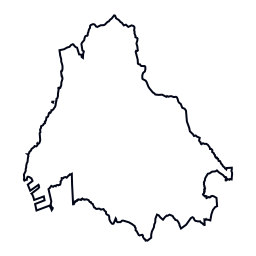 Si Racha, Chon Buri, Thailand
{"feature_id": "78962969B58781089685129", "entity_name": "Si Racha", "entity_type": "district", "adm_level": 2, "iso_a3": "THA", "parent_name": "Thailand", "parent_adm1": "Chon Buri", "projection": "equal_earth", "projection_center": [101.044, 13.142], "detail": "fine", "context": "isolated", "style": "outline", "palette": "ink", "viewbox_px": 256, "rotation_deg": 0, "n_neighbors": 0, "source": "geoboundaries", "source_scale": "gbopen_adm2", "svg_char_len": 5765}
<svg xmlns="http://www.w3.org/2000/svg" viewBox="0 0 256 256"><path d="M131.6,25.4L128.3,26.9L125.9,24.7L123.8,25.4L121.8,22.7L120.6,22.1L118.8,20.0L116.1,18.3L115.1,15.7L114.1,15.4L111.6,18.6L110.0,19.8L108.8,21.4L107.5,21.9L105.0,24.5L103.9,25.1L100.6,25.3L97.5,26.9L96.2,26.6L94.7,24.6L93.8,24.2L92.8,24.2L90.7,25.1L90.1,25.9L90.0,27.8L89.0,29.4L88.2,32.5L87.8,33.1L87.7,35.2L87.0,35.9L85.9,35.9L85.3,36.3L84.6,37.9L84.2,40.1L82.0,42.7L81.4,44.0L82.4,50.4L83.8,51.4L83.1,54.3L82.9,57.9L81.7,57.0L81.4,54.7L79.1,54.4L77.1,47.7L75.5,47.0L73.9,45.3L73.6,44.6L72.8,44.2L70.8,45.2L69.5,46.9L67.4,47.4L63.9,49.3L59.5,50.2L60.2,55.5L61.2,59.3L61.2,61.4L62.2,64.6L62.5,66.3L62.5,68.9L62.1,70.7L61.9,71.0L61.4,70.9L61.1,71.6L61.5,75.5L61.8,75.6L61.8,76.5L62.1,76.5L62.3,77.2L62.5,78.8L61.4,82.4L61.2,85.3L60.4,87.5L60.1,87.3L59.4,88.2L58.6,87.8L58.3,88.0L58.6,89.6L58.0,93.4L57.9,96.3L57.2,98.4L56.4,99.0L56.5,100.7L56.1,101.1L56.1,102.1L55.8,103.5L55.6,103.6L55.7,105.0L55.4,105.6L55.8,106.2L55.6,106.0L53.1,109.6L52.3,110.2L51.4,110.2L51.3,111.3L50.5,112.7L49.8,113.1L49.6,112.9L49.5,113.2L48.9,113.2L48.1,116.4L47.4,117.1L46.5,117.3L46.0,120.2L45.3,121.1L45.4,121.6L44.8,121.9L44.9,123.3L43.6,124.0L43.0,125.2L41.1,126.2L41.0,127.8L40.1,129.6L40.4,132.2L39.8,133.0L39.7,133.7L40.2,140.0L39.9,141.5L39.2,143.2L37.8,144.2L37.3,143.4L37.2,143.6L37.7,144.4L37.2,145.5L36.4,146.3L34.7,146.2L33.8,145.7L34.4,146.2L34.2,146.9L31.5,149.0L30.9,150.6L29.5,151.7L29.3,152.8L28.7,153.4L28.4,154.6L27.8,154.5L28.2,154.9L28.4,156.5L28.0,157.1L27.5,162.0L26.8,163.1L26.2,165.8L26.2,167.3L25.7,169.0L25.7,170.9L23.9,174.6L24.2,177.5L23.9,179.9L24.3,180.5L24.7,180.1L25.6,180.2L26.5,179.2L26.8,179.4L27.0,178.1L27.6,176.8L28.0,176.7L29.4,177.1L31.4,178.4L32.4,180.5L32.5,181.0L27.8,184.6L30.2,190.7L38.5,184.8L38.9,185.5L38.8,186.3L39.3,188.0L39.1,187.7L31.5,193.6L31.9,193.9L33.1,196.3L34.2,200.0L43.8,196.4L44.6,200.3L35.1,204.0L36.5,210.5L49.5,205.6L51.3,208.9L51.7,210.1L52.6,208.8L52.7,207.9L51.5,207.0L50.7,204.5L51.3,201.4L48.5,189.1L49.7,188.1L51.3,185.9L53.1,186.8L54.3,185.9L55.1,185.8L55.8,186.2L56.1,185.6L56.9,185.1L58.1,185.0L58.6,185.3L60.2,184.6L60.7,182.6L60.5,181.5L61.6,180.2L61.7,178.1L63.1,178.3L63.6,177.6L65.6,177.0L66.7,177.7L68.9,175.2L69.5,175.1L69.9,174.4L70.3,174.6L71.8,173.8L72.1,184.8L73.1,204.3L73.8,204.2L74.2,203.7L74.3,202.7L75.0,201.6L75.3,201.7L75.5,201.1L76.1,201.3L77.0,200.9L77.2,199.9L78.2,199.4L78.6,199.8L79.1,199.5L81.1,200.0L81.4,199.8L81.4,199.1L82.4,198.5L83.7,199.5L84.5,199.4L84.7,199.7L86.4,199.3L88.6,200.1L89.7,201.9L90.9,202.1L91.3,203.3L92.7,203.9L94.1,207.4L95.1,207.8L95.6,208.6L96.9,209.0L98.4,208.6L99.7,208.8L100.9,209.6L103.5,209.1L104.7,210.9L105.9,211.7L106.0,213.2L106.3,214.0L107.0,214.6L108.7,215.4L109.2,216.7L109.4,219.5L110.4,221.7L111.9,223.6L112.8,223.9L113.6,223.5L115.7,218.4L116.2,219.3L116.3,221.2L117.6,222.2L120.5,222.1L122.0,220.7L123.2,220.6L128.9,222.3L132.2,224.2L134.8,226.2L135.0,227.3L135.7,228.2L135.6,230.2L136.8,231.4L138.7,235.0L139.4,235.4L142.3,234.8L142.9,235.5L142.9,236.6L143.4,237.7L144.5,239.2L145.2,239.4L145.6,240.6L146.6,240.3L147.5,240.6L151.2,237.7L151.2,234.7L151.9,231.5L153.9,227.3L154.3,224.3L155.2,222.5L155.4,218.7L157.0,214.6L158.7,215.3L160.4,217.5L163.0,219.7L164.9,217.2L166.7,215.6L167.4,215.8L169.6,214.7L172.0,215.7L173.0,216.4L173.6,217.8L174.8,218.9L175.3,219.9L177.0,220.3L178.1,221.7L179.3,223.9L179.6,225.5L181.0,228.5L186.2,224.7L190.8,218.2L192.4,217.2L193.5,217.8L194.5,220.0L195.3,220.8L198.0,221.4L200.1,221.3L200.6,222.2L202.7,223.6L203.3,224.4L204.3,224.8L204.7,225.8L204.4,219.4L205.4,219.7L206.0,219.1L206.4,219.7L207.6,219.6L210.3,220.4L211.4,214.3L212.9,210.0L215.1,207.1L217.1,206.2L216.5,197.9L213.5,196.2L212.2,195.9L210.8,196.4L210.5,197.1L210.0,197.3L209.3,197.4L208.8,197.0L206.5,198.1L206.3,197.6L206.6,197.1L206.5,196.2L205.0,195.9L204.7,196.2L203.0,194.6L203.3,193.8L203.9,193.4L204.1,191.7L204.5,192.0L204.7,191.6L204.5,190.9L204.7,189.9L204.2,189.4L204.5,188.8L204.9,189.1L205.1,188.3L204.7,188.0L204.7,187.1L204.3,186.6L204.5,186.2L203.9,184.3L204.1,183.0L203.9,182.7L204.2,181.5L204.8,180.7L205.1,178.6L205.7,177.3L207.8,173.8L209.5,173.4L212.0,171.7L215.7,171.3L216.9,170.4L219.1,172.5L223.1,175.1L224.8,177.2L225.4,177.0L226.2,177.3L226.2,178.5L225.6,179.7L225.8,181.2L226.2,179.9L227.0,179.9L227.3,179.0L229.4,179.7L229.5,179.3L230.0,179.0L231.6,179.4L232.1,174.0L232.0,172.5L231.4,170.9L231.8,169.6L231.8,167.7L226.8,168.0L226.3,169.4L225.5,168.5L225.0,168.4L224.6,167.4L223.7,166.9L222.5,165.5L222.2,164.6L221.3,163.9L220.0,161.1L218.6,160.9L218.1,158.9L217.2,158.6L217.1,157.7L216.3,157.3L216.0,157.7L215.7,157.5L215.1,156.3L214.9,155.0L214.2,154.4L213.9,153.3L212.1,151.9L212.4,150.3L212.2,149.9L211.1,148.9L210.0,149.0L209.8,147.6L208.0,145.0L206.5,143.9L204.3,143.9L203.6,143.4L202.4,143.4L201.6,144.2L200.9,143.8L200.5,142.3L199.5,141.4L199.1,140.5L199.7,137.8L196.7,136.5L195.7,135.5L194.0,136.0L193.0,134.3L189.9,131.3L189.2,127.9L186.9,121.5L186.0,110.8L185.2,109.4L184.5,108.7L182.2,107.7L180.8,104.0L179.0,102.6L178.3,101.5L177.6,98.9L176.9,97.4L175.9,96.8L173.8,97.1L171.4,96.2L169.8,96.3L168.7,96.7L167.1,96.1L166.6,96.8L166.2,96.8L162.2,94.7L158.3,94.9L155.3,94.5L154.4,93.4L152.9,92.5L149.8,88.8L148.4,86.7L146.7,82.3L145.7,80.7L142.6,79.0L142.3,78.0L142.3,75.7L142.5,74.6L143.2,72.8L144.9,71.4L145.4,69.1L145.3,66.9L144.7,66.1L141.4,66.0L140.6,65.5L140.0,64.4L138.6,64.2L137.9,63.6L137.7,59.6L135.7,51.9L136.1,50.8L137.2,51.0L137.8,50.5L137.3,46.3L136.5,43.8L136.6,42.8L137.3,40.7L137.5,38.5L137.1,38.0L135.4,37.2L135.5,35.9L134.8,34.3L134.5,33.2L134.6,31.8L134.1,30.4L134.5,27.9L134.4,27.1L133.5,26.0L131.6,25.4ZM53.3,101.7L52.3,101.7L52.2,102.2L53.0,102.6L53.3,101.7Z" fill="none" stroke="#020617" stroke-width="2"/></svg>